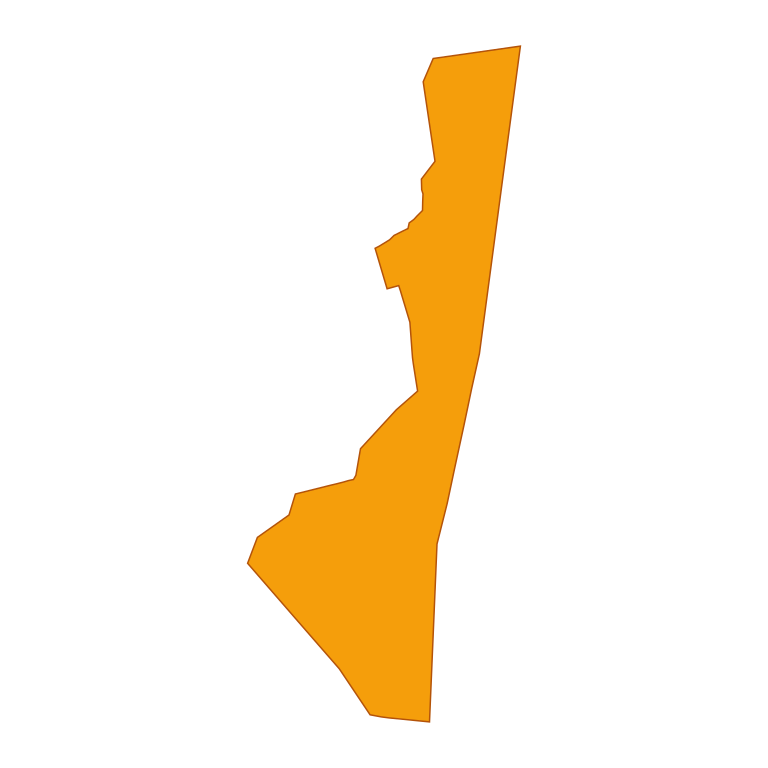 Santo Antônio de Lisboa, Piauí, Brazil
{"feature_id": "56859067B76948986204583", "entity_name": "Santo Antônio de Lisboa", "entity_type": "district", "adm_level": 2, "iso_a3": "BRA", "parent_name": "Brazil", "parent_adm1": "Piauí", "projection": "albers", "projection_center": [-41.218, -6.885], "detail": "fine", "context": "isolated", "style": "filled", "palette": "amber", "viewbox_px": 768, "rotation_deg": 0, "n_neighbors": 0, "source": "geoboundaries", "source_scale": "gbopen_adm2", "svg_char_len": 777}
<svg xmlns="http://www.w3.org/2000/svg" viewBox="0 0 768 768"><path d="M257.4,537.4L247.6,563.3L290.4,612.6L313.0,638.6L339.3,668.8L370.1,714.8L381.3,716.9L389.1,717.9L429.5,721.9L437.0,544.0L447.2,503.4L454.4,469.4L464.0,425.1L468.0,406.1L471.6,388.8L479.4,353.8L501.7,186.1L520.4,46.1L433.2,58.5L423.2,81.8L435.0,161.3L421.4,179.1L421.7,189.8L423.0,193.9L422.7,201.6L422.5,210.5L417.2,215.8L413.8,219.5L409.2,222.9L408.0,228.5L401.9,231.5L394.1,235.4L389.6,239.8L379.0,246.3L375.1,248.3L387.1,288.8L398.7,285.6L400.3,290.4L409.9,322.3L411.9,349.6L412.5,357.6L413.3,363.6L417.6,391.1L396.4,409.7L360.5,448.7L355.9,475.3L353.5,479.5L348.4,480.6L343.3,482.1L336.3,483.9L330.3,485.3L295.4,494.0L289.0,515.0L257.4,537.4Z" fill="#f59e0b" stroke="#b45309" stroke-width="1.5"/></svg>